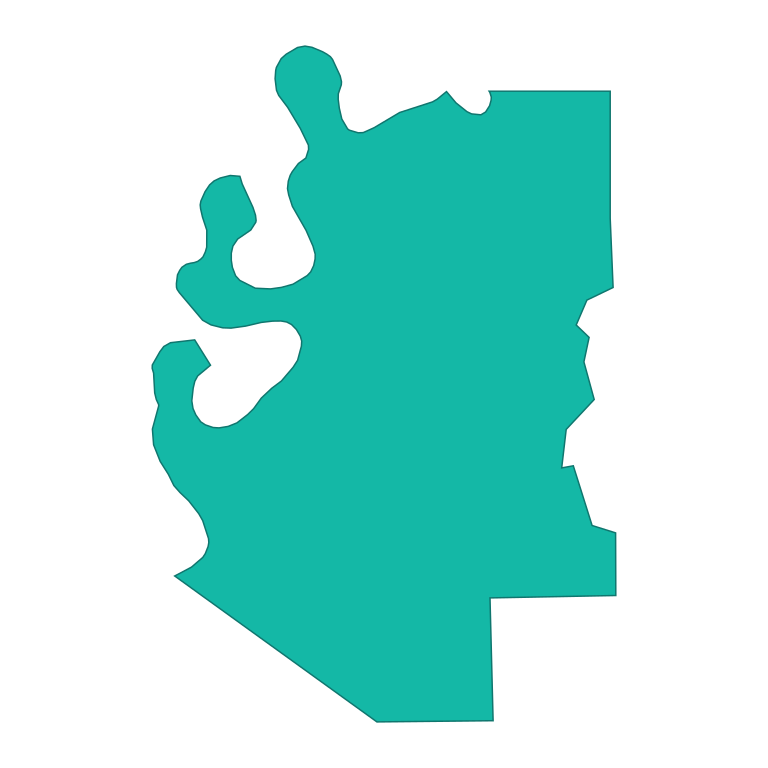 outline of Tunica, Mississippi, United States of America
{"feature_id": "52423323B98518761698174", "entity_name": "Tunica", "entity_type": "district", "adm_level": 2, "iso_a3": "USA", "parent_name": "United States of America", "parent_adm1": "Mississippi", "projection": "orthographic", "projection_center": [-90.469, 34.658], "detail": "fine", "context": "isolated", "style": "filled", "palette": "teal", "viewbox_px": 768, "rotation_deg": 0, "n_neighbors": 0, "source": "geoboundaries", "source_scale": "gbopen_adm2", "svg_char_len": 2303}
<svg xmlns="http://www.w3.org/2000/svg" viewBox="0 0 768 768"><path d="M615.8,595.5L615.6,532.9L592.1,525.5L573.3,465.8L561.7,467.9L566.2,429.4L594.2,399.5L583.9,361.9L589.1,337.4L576.2,325.0L586.9,300.1L613.1,287.5L610.2,218.2L610.2,91.2L489.1,91.2L489.9,92.5L491.3,97.1L491.1,100.2L489.6,105.7L485.6,112.0L480.9,114.8L471.6,113.9L467.0,111.7L456.0,102.9L446.5,91.6L437.2,99.2L432.5,101.9L399.7,112.5L373.9,127.8L366.4,131.2L363.2,132.6L358.2,132.8L349.4,130.2L347.6,128.9L341.8,119.0L339.3,108.1L338.2,99.3L338.3,93.8L341.3,84.8L341.5,81.8L340.2,76.0L332.5,59.4L330.4,56.7L326.9,54.2L322.7,51.8L312.0,47.3L305.0,46.1L297.5,47.5L286.2,54.2L281.2,58.6L276.4,67.4L275.7,70.4L275.1,78.8L276.5,90.3L278.7,95.4L287.7,107.4L300.3,128.4L308.4,145.1L308.6,149.4L305.9,158.0L298.4,163.5L292.3,171.6L290.2,175.3L288.3,181.1L287.5,188.6L288.7,194.9L292.4,206.4L306.1,230.4L313.0,246.2L315.2,254.2L315.1,259.0L313.7,265.6L310.7,271.9L307.2,275.6L293.0,284.2L281.4,287.4L270.5,288.9L255.3,288.2L239.8,280.4L235.6,275.8L232.4,267.4L231.3,260.3L231.3,253.2L232.9,246.1L237.7,239.0L250.8,230.0L255.8,222.2L256.1,220.4L255.5,215.2L253.0,207.5L242.2,183.9L239.9,176.3L230.2,175.5L220.2,178.0L214.1,180.9L209.6,184.9L205.1,191.6L200.9,201.0L200.2,204.9L200.6,208.8L202.5,217.1L206.8,230.2L206.7,247.2L205.3,252.0L203.0,256.9L200.8,259.1L197.7,261.4L194.2,262.6L190.5,263.2L186.3,264.3L181.9,267.3L179.7,270.4L177.5,274.8L176.4,283.6L176.5,287.3L177.2,289.5L179.4,292.7L202.6,320.2L211.0,324.9L222.6,327.8L231.1,328.1L245.6,326.1L261.4,322.4L272.8,321.1L281.0,321.0L286.7,322.0L291.5,324.5L296.4,329.5L300.3,336.1L301.7,341.1L301.4,346.2L297.6,360.3L293.1,367.3L281.4,381.0L271.7,388.3L261.3,398.1L253.6,408.7L247.6,414.6L236.9,422.9L228.2,426.4L219.0,427.9L213.1,427.5L205.4,424.9L200.7,421.8L195.8,414.9L193.0,408.5L191.8,400.8L193.2,388.1L194.8,381.3L197.7,375.9L210.5,365.2L194.7,339.9L170.5,342.7L163.8,346.5L159.9,351.7L152.3,365.0L152.2,368.4L153.6,373.1L154.7,392.9L156.3,399.5L158.6,404.5L158.7,405.9L158.2,407.7L152.4,429.1L153.6,444.8L160.2,461.4L168.4,474.4L173.9,485.6L180.1,492.6L188.7,500.8L198.7,513.6L202.7,520.6L208.5,538.5L208.8,542.5L208.1,546.5L205.3,553.6L202.8,557.4L191.5,567.1L174.7,576.0L376.9,721.9L493.1,720.7L490.0,597.9L615.8,595.5Z" fill="#14b8a6" stroke="#0f766e" stroke-width="1.5"/></svg>